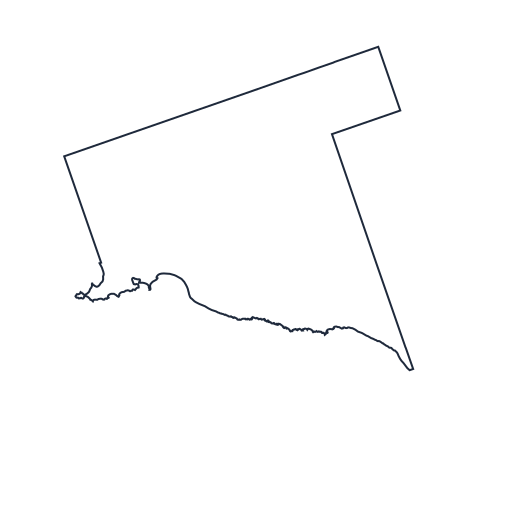 the district of Tumby Bay, South Australia, Australia, rotated 71°
{"feature_id": "25037944B80191544000233", "entity_name": "Tumby Bay", "entity_type": "district", "adm_level": 2, "iso_a3": "AUS", "parent_name": "Australia", "parent_adm1": "South Australia", "projection": "albers", "projection_center": [136.189, -34.197], "detail": "fine", "context": "isolated", "style": "outline", "palette": "slate", "viewbox_px": 512, "rotation_deg": 71, "n_neighbors": 0, "source": "geoboundaries", "source_scale": "gbopen_adm2", "svg_char_len": 6106}
<svg xmlns="http://www.w3.org/2000/svg" viewBox="0 0 512 512"><g transform="rotate(71 256 256)"><path d="M165.4,72.2L98.0,72.3L98.1,118.6L98.3,119.7L98.3,134.9L98.5,151.0L98.4,157.4L98.7,200.0L99.3,404.9L211.9,404.6L211.9,406.3L216.7,405.5L218.8,405.5L221.2,405.5L223.4,405.8L224.5,406.4L225.4,407.2L228.3,408.1L230.1,409.4L231.2,411.8L232.5,413.4L233.2,415.0L233.3,416.0L233.3,416.5L233.0,417.0L231.7,418.3L231.2,418.5L230.0,419.6L228.7,419.7L228.6,419.9L229.0,420.3L230.3,420.6L231.3,421.1L232.4,422.2L233.1,423.4L235.5,425.5L236.5,427.7L236.9,429.5L236.8,430.7L236.6,431.3L236.1,431.7L235.2,431.9L234.6,432.6L233.8,432.8L233.6,433.4L233.1,433.7L234.1,434.6L234.3,435.2L234.3,436.6L234.0,437.1L233.8,437.9L234.2,438.2L234.9,439.4L235.2,439.5L235.4,439.8L235.9,439.7L236.9,439.3L236.9,439.0L237.2,438.6L237.5,437.8L238.4,437.4L238.6,436.6L238.5,436.0L238.8,435.5L238.6,435.0L239.8,433.8L239.9,433.3L239.6,432.6L239.1,432.1L238.6,431.9L238.4,431.5L238.4,430.3L238.7,429.6L240.1,428.2L242.4,427.0L243.4,426.9L243.6,426.4L244.0,426.2L244.2,425.8L245.8,425.0L245.0,424.3L244.7,423.7L244.7,423.1L245.1,421.7L245.7,420.5L245.4,418.9L245.6,417.6L245.9,416.4L246.5,415.5L247.1,415.2L247.8,414.0L247.8,413.5L247.3,413.1L247.2,412.2L247.3,411.5L247.9,411.2L248.0,410.9L247.6,410.5L247.4,410.1L247.6,409.2L247.5,408.9L246.1,409.2L245.6,408.9L245.0,408.2L244.6,406.5L244.6,405.2L245.5,402.6L247.5,400.9L248.4,400.5L249.8,399.3L249.7,398.9L249.0,398.5L248.7,398.0L248.0,398.0L247.3,397.4L246.7,396.1L246.5,394.9L246.7,393.3L246.9,392.8L246.9,392.1L246.4,390.5L246.6,389.5L246.6,388.6L247.2,387.5L248.3,386.6L248.4,385.9L248.2,385.2L248.5,384.4L247.6,383.4L247.9,382.4L248.8,381.5L247.5,379.4L247.4,378.4L247.6,377.5L247.6,377.2L246.2,376.8L245.2,376.7L244.5,376.9L243.7,377.8L243.5,378.5L243.6,379.3L243.4,379.8L243.0,380.2L242.8,380.7L242.3,380.8L238.2,380.9L237.2,380.5L236.9,380.1L236.7,379.3L237.5,378.2L238.1,378.0L238.4,377.3L239.4,375.8L239.8,374.8L239.9,374.2L240.3,373.6L240.8,373.5L241.8,374.2L241.8,373.9L241.3,373.2L242.7,375.1L243.2,375.3L244.4,371.8L245.3,370.3L246.4,368.9L247.4,368.0L248.8,367.3L249.8,367.2L250.2,367.2L250.5,367.5L251.3,367.6L252.7,367.4L253.3,367.8L253.5,367.3L253.4,367.0L252.9,366.5L249.6,365.9L248.1,364.7L247.1,362.9L246.7,362.0L245.9,357.7L244.9,356.4L244.1,357.1L243.6,356.9L242.6,355.8L241.9,354.3L241.7,352.8L241.9,351.0L242.5,348.8L244.8,343.3L247.5,339.4L248.8,338.0L252.8,334.4L253.8,333.7L255.0,333.2L257.1,332.3L260.6,331.6L262.7,331.3L264.9,331.2L268.2,331.5L268.4,331.4L270.0,331.7L273.2,331.7L274.6,331.3L275.4,330.7L278.7,329.0L280.1,327.9L282.9,325.2L286.9,320.6L290.1,318.0L292.7,315.4L295.4,311.8L297.1,310.3L297.9,309.1L298.7,308.5L299.0,307.6L299.6,307.1L300.0,306.2L301.5,304.7L301.4,304.2L301.6,303.8L302.4,303.4L302.6,302.9L303.0,302.6L303.4,302.0L304.1,301.7L304.8,300.4L304.8,299.6L304.9,299.3L305.5,299.2L306.1,298.1L306.7,298.0L307.2,297.5L307.3,297.0L306.9,296.5L307.4,295.9L308.1,295.3L308.7,294.6L310.1,294.2L310.6,293.4L310.5,292.6L310.8,292.5L311.1,292.1L311.1,291.7L311.4,291.1L311.1,290.3L311.0,288.9L311.7,287.0L312.3,286.6L312.1,286.2L312.6,285.8L312.8,285.4L313.1,285.1L313.1,284.9L312.7,284.5L312.9,284.2L312.8,283.9L313.2,283.5L313.6,283.3L314.1,282.8L313.8,282.1L314.3,281.7L314.6,280.8L314.4,280.4L314.2,280.3L313.3,280.4L312.9,279.8L312.7,278.9L313.2,278.6L313.1,279.6L313.4,280.0L313.3,279.1L313.7,277.9L315.0,276.4L314.8,275.4L315.4,274.7L315.8,274.7L316.1,274.3L316.6,274.1L316.5,273.5L316.9,273.0L316.9,271.9L317.6,271.6L317.8,271.2L318.1,271.1L318.0,270.4L318.3,269.6L318.1,269.2L318.2,268.6L319.0,268.2L319.4,268.2L319.8,268.6L320.2,268.4L320.8,267.5L321.4,267.2L321.6,266.9L321.4,266.5L321.1,266.6L320.8,266.2L320.8,265.7L321.0,265.4L321.4,265.2L322.2,265.6L322.6,265.5L322.9,265.0L322.9,264.5L323.2,264.2L323.3,263.8L323.6,263.6L324.5,263.4L325.1,262.7L325.1,261.2L325.7,261.1L325.7,260.5L326.4,260.4L327.0,259.8L327.1,259.4L326.8,258.5L326.9,258.2L327.3,258.1L327.8,258.5L328.0,258.4L328.0,257.8L328.2,257.6L328.1,257.1L327.7,257.1L327.4,256.7L328.1,255.5L330.6,253.8L331.3,253.6L331.6,253.2L332.1,253.5L332.4,253.4L332.7,253.1L333.3,252.9L333.4,252.6L333.0,252.1L332.9,251.5L333.4,250.8L333.9,250.5L334.2,250.8L334.5,250.8L334.7,250.6L334.4,249.9L335.0,249.3L336.5,248.4L337.3,248.4L337.8,248.1L338.2,248.2L338.6,247.8L338.4,247.5L338.7,246.9L338.9,246.2L338.5,246.1L338.4,245.7L337.9,245.4L338.0,244.5L337.8,244.2L338.1,243.1L337.8,242.6L338.1,242.1L339.0,241.7L339.0,241.0L339.6,240.9L339.5,240.5L339.2,240.6L338.9,240.5L338.9,239.9L339.1,239.2L339.0,238.5L340.6,237.2L341.4,237.1L341.7,236.0L341.1,236.1L340.8,235.9L340.5,235.4L340.5,235.0L340.8,234.3L340.5,233.5L340.8,232.8L341.8,231.6L342.5,231.5L342.1,230.9L341.7,230.7L341.7,230.0L343.2,228.2L343.9,227.6L345.4,226.8L346.1,227.0L346.7,226.8L346.7,226.5L346.3,226.2L346.3,225.8L346.7,225.0L347.0,224.8L346.9,224.0L347.1,223.5L346.8,223.2L347.8,222.4L347.7,221.3L348.2,221.0L348.3,220.7L348.2,220.2L348.9,219.4L348.9,219.0L349.3,218.7L349.9,218.8L350.3,218.6L350.6,217.8L350.6,217.1L351.1,216.9L351.6,216.4L352.9,216.6L352.6,215.6L351.8,215.4L351.6,215.2L351.6,214.5L352.0,213.5L351.8,213.2L351.5,213.2L351.7,213.4L351.6,213.5L350.5,214.0L349.8,213.5L349.0,212.3L349.0,210.4L349.6,208.7L350.2,207.8L350.0,207.3L350.2,207.1L350.2,206.7L349.7,205.8L348.9,205.8L348.6,205.3L348.5,204.3L348.9,202.9L349.9,201.7L350.2,200.7L352.6,198.5L352.7,197.3L352.1,196.9L352.1,196.4L352.3,196.2L352.2,195.8L353.4,194.5L353.7,193.7L353.7,193.0L353.5,192.6L353.7,191.5L355.0,189.7L355.7,188.3L358.1,186.0L360.7,184.2L362.7,181.6L363.6,180.6L367.3,177.5L368.2,176.3L371.4,173.6L371.6,173.1L372.2,172.6L372.6,171.9L373.6,171.2L374.6,169.9L375.9,168.9L376.3,168.3L376.3,167.7L376.9,166.8L377.8,166.2L378.2,165.8L379.9,164.7L380.1,164.1L381.4,163.5L382.2,162.7L383.2,162.1L384.3,160.8L385.8,160.0L386.3,159.4L386.6,158.5L387.0,157.9L388.4,157.4L390.2,156.3L390.6,155.4L393.0,154.2L394.3,153.9L397.3,153.7L400.3,153.2L402.7,152.5L405.2,151.4L411.3,149.4L414.0,147.9L414.0,144.2L391.6,144.3L391.2,144.4L301.9,144.6L165.5,144.5L165.4,72.2Z" fill="none" stroke="#1e293b" stroke-width="2"/></g></svg>